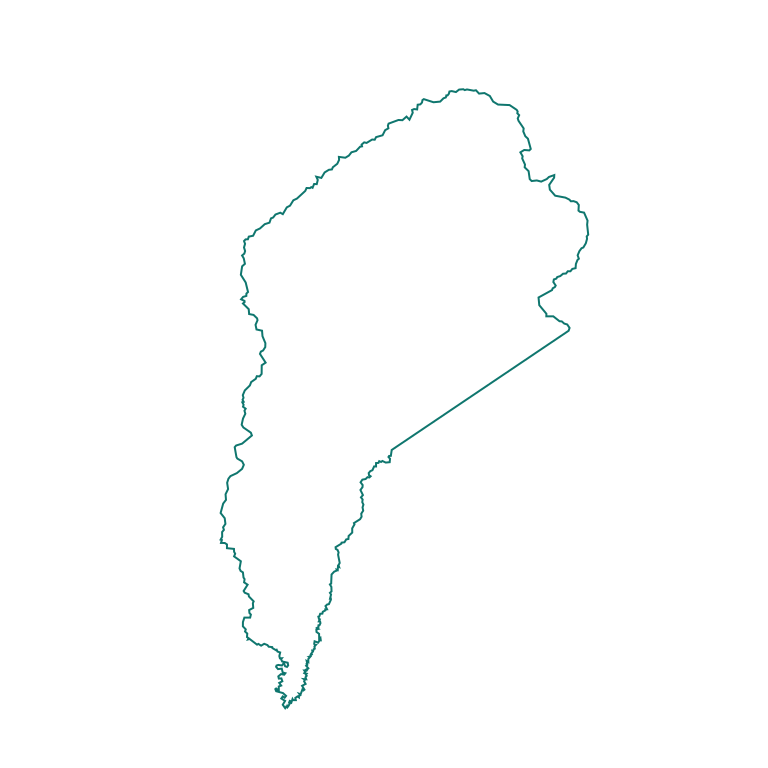 Purus, Ucayali, Peru, rotated 146°
{"feature_id": "86281439B73301228794049", "entity_name": "Purus", "entity_type": "district", "adm_level": 2, "iso_a3": "PER", "parent_name": "Peru", "parent_adm1": "Ucayali", "projection": "mercator", "projection_center": [-71.206, -10.219], "detail": "fine", "context": "isolated", "style": "outline", "palette": "teal", "viewbox_px": 768, "rotation_deg": 146, "n_neighbors": 0, "source": "geoboundaries", "source_scale": "gbopen_adm2", "svg_char_len": 6166}
<svg xmlns="http://www.w3.org/2000/svg" viewBox="0 0 768 768"><g transform="rotate(146 384 384)"><path d="M199.9,596.7L203.0,593.1L205.3,595.1L207.5,595.5L208.5,592.8L215.1,588.9L215.8,593.1L221.2,592.4L224.4,594.8L234.6,597.3L236.3,596.0L237.4,593.5L241.1,593.8L246.1,591.0L252.5,593.1L255.1,591.7L257.1,593.3L263.6,593.6L265.3,595.4L268.7,595.0L269.3,593.3L271.1,594.1L276.8,592.8L281.4,594.3L285.4,593.0L289.5,593.2L294.4,597.5L295.9,594.9L299.6,592.7L305.2,592.3L307.2,591.0L309.9,592.4L314.9,592.6L320.7,589.9L324.2,593.7L324.8,590.2L328.0,587.3L330.1,588.9L333.5,586.6L334.2,587.9L335.9,587.8L338.6,589.8L341.3,588.1L352.5,586.4L356.4,587.0L362.2,584.4L365.8,584.8L372.9,581.4L374.2,584.0L379.2,585.2L382.8,584.0L385.1,584.5L388.7,581.8L393.5,583.2L399.8,582.3L404.4,583.0L409.6,580.1L413.7,581.8L415.9,580.1L417.9,581.3L420.1,580.8L420.8,577.9L423.7,575.5L424.8,571.9L426.9,570.2L429.8,569.9L430.0,566.6L432.1,561.4L435.8,560.9L441.6,554.6L441.9,545.5L445.3,536.3L447.5,535.9L448.9,534.0L452.1,535.0L455.1,534.1L453.2,530.9L453.7,529.9L455.9,529.6L454.3,521.7L456.7,517.4L453.5,514.2L452.5,509.4L453.2,507.6L457.4,504.9L459.2,500.5L455.3,496.4L458.0,491.6L459.5,484.2L461.8,481.0L465.5,479.4L468.0,479.7L470.0,478.3L470.2,467.9L474.9,467.9L479.8,460.8L482.9,459.9L485.1,461.6L487.4,460.0L493.0,459.9L496.0,457.8L503.0,456.5L507.3,453.7L508.2,451.1L510.1,450.0L510.3,447.7L511.7,448.1L512.0,445.3L513.6,444.0L512.5,440.9L514.6,439.9L515.6,436.9L520.2,434.2L524.8,429.8L524.9,426.6L521.6,418.1L522.3,415.2L535.0,413.9L541.0,415.7L543.1,415.1L547.2,405.9L547.3,404.2L544.9,399.2L545.4,395.4L549.1,393.0L555.8,392.4L562.8,393.5L565.9,392.5L569.3,389.8L572.0,384.1L577.0,381.2L579.8,376.3L584.2,374.8L591.6,368.4L591.1,361.8L593.7,356.7L597.5,355.2L598.3,352.6L601.0,351.8L603.6,347.8L606.5,346.3L605.7,345.3L608.0,343.4L604.9,341.2L603.9,338.8L606.0,335.7L600.6,331.2L602.1,328.7L602.3,326.5L604.7,324.9L601.8,317.1L606.9,311.9L607.4,309.2L606.3,306.7L608.7,302.1L608.7,300.2L610.9,297.8L609.3,293.9L616.1,290.9L616.2,288.9L613.9,285.4L614.8,283.4L613.6,276.7L615.3,275.6L617.6,271.5L622.2,272.0L623.6,269.4L623.3,267.3L625.6,265.2L630.4,268.4L634.1,265.5L636.5,262.0L635.8,257.9L637.6,256.5L636.9,253.6L639.1,250.8L638.4,249.0L639.6,248.3L638.0,247.8L635.0,238.9L633.5,238.8L632.2,235.8L628.6,235.6L626.6,232.7L626.5,230.7L623.8,228.4L624.2,227.5L622.3,223.5L621.6,223.6L621.9,221.7L620.2,219.5L622.9,217.0L623.7,214.8L622.1,213.8L623.2,213.5L623.6,210.9L619.7,206.8L620.8,204.3L622.6,203.7L623.8,205.3L623.0,208.7L626.0,207.7L628.7,210.2L630.5,210.7L631.6,209.9L631.3,206.9L627.9,205.2L629.3,201.5L627.5,199.4L629.3,198.8L631.6,201.1L635.1,200.7L635.9,198.6L633.7,197.3L634.5,194.4L638.0,194.8L637.9,191.5L640.4,192.1L642.6,188.7L643.7,191.9L644.7,191.8L645.2,189.6L640.6,184.3L639.6,180.2L641.8,179.5L642.6,181.6L645.0,180.7L643.2,176.6L647.3,174.7L647.2,170.5L645.5,171.2L645.2,170.2L644.4,170.9L644.5,170.1L643.5,170.4L640.5,171.9L640.9,172.9L639.3,174.0L638.6,173.1L639.6,172.1L639.2,171.5L636.0,174.0L636.1,172.7L633.9,171.2L633.1,173.3L630.5,173.4L629.8,171.8L629.1,173.0L627.5,172.8L627.5,174.6L626.6,173.4L622.6,176.3L622.2,175.0L620.9,175.1L620.7,179.6L616.7,179.2L616.5,182.2L615.1,182.9L615.5,184.2L613.6,182.7L613.1,184.8L611.3,185.3L611.4,186.7L610.1,187.1L611.7,188.9L610.3,189.5L610.3,191.0L608.5,189.6L607.5,190.0L608.1,190.8L605.7,190.7L606.1,193.9L604.8,193.9L604.4,194.6L605.4,195.5L604.0,195.1L603.0,197.6L602.2,195.8L600.6,198.3L598.1,199.0L598.6,199.8L596.8,199.4L596.4,200.4L595.1,200.2L595.1,201.2L593.2,201.7L592.6,203.0L592.0,202.3L590.5,203.5L589.4,203.3L588.5,205.2L586.4,205.8L587.3,206.3L587.2,207.6L585.4,209.5L583.1,206.4L580.9,207.5L579.8,206.8L578.6,209.2L580.1,209.2L577.5,213.2L578.6,216.2L577.5,218.1L578.1,218.6L575.3,217.6L575.9,219.3L574.1,219.2L573.3,220.6L572.1,220.2L570.4,221.3L569.8,222.8L570.8,223.6L568.8,224.8L569.3,225.6L568.5,227.8L567.6,227.5L565.4,229.2L563.5,228.1L562.1,229.4L559.2,229.1L558.7,230.0L557.2,229.1L556.7,232.6L554.4,233.0L552.8,232.3L548.6,234.9L548.1,235.8L548.8,236.2L545.6,239.1L545.6,241.1L543.5,241.4L541.1,245.2L540.9,248.1L539.4,248.1L534.0,255.4L530.2,256.3L527.4,255.7L527.1,256.6L526.4,255.6L524.1,258.6L523.5,257.5L523.0,259.3L520.8,260.4L517.5,268.2L515.8,269.8L515.3,272.5L516.2,274.2L515.4,275.8L508.7,275.5L507.9,276.2L505.3,274.9L502.2,276.3L500.2,275.4L498.3,277.8L493.4,278.6L491.1,282.1L487.0,284.1L486.7,285.5L479.4,285.3L476.8,286.5L475.4,289.2L472.1,290.6L470.8,293.7L468.5,295.5L468.1,298.2L466.3,300.2L466.5,302.9L463.6,303.7L462.8,309.3L459.5,310.5L458.2,312.2L458.4,315.6L455.4,316.8L452.4,315.5L449.8,316.0L448.4,314.7L446.7,315.0L447.4,316.8L446.5,318.7L444.1,319.4L441.8,319.0L438.3,321.2L436.7,320.1L434.8,322.9L432.7,321.7L431.1,322.7L430.0,321.0L428.4,321.1L426.5,317.9L423.0,316.0L420.8,318.7L421.1,321.0L420.0,321.5L418.5,320.6L414.5,325.0L201.2,324.9L198.8,326.7L198.8,330.9L200.8,333.3L201.6,336.5L203.4,337.9L205.8,345.4L211.6,349.3L210.1,351.4L211.2,362.5L207.5,369.3L192.2,367.9L190.6,369.0L188.2,368.8L186.6,369.6L186.6,373.8L184.7,375.7L182.2,375.0L180.6,375.8L177.5,374.9L173.9,375.3L171.3,373.8L168.6,374.7L166.4,373.2L163.5,374.1L160.4,372.9L157.8,376.2L154.3,378.6L152.4,378.9L151.5,382.4L147.7,384.9L144.3,386.1L142.4,385.7L138.0,387.8L134.5,390.8L133.4,393.0L131.2,393.6L126.5,402.5L123.9,405.6L122.3,414.2L125.3,417.2L125.8,419.0L122.4,423.5L122.6,426.9L124.6,429.6L126.9,431.0L127.2,433.2L129.4,437.1L136.8,444.4L137.8,452.4L135.7,456.7L127.6,459.9L126.0,462.0L131.5,463.4L134.5,462.9L140.5,463.9L143.5,467.3L148.1,469.7L148.6,472.4L145.1,479.6L146.2,485.0L144.4,487.1L143.3,493.7L141.7,495.3L141.4,499.8L136.9,499.6L132.9,496.4L130.9,496.8L127.5,506.9L128.3,510.4L127.3,515.5L125.3,517.8L125.3,527.0L124.6,529.4L121.6,531.3L122.1,533.9L120.8,535.2L120.7,537.1L123.9,545.0L133.2,551.9L135.6,557.1L135.2,563.6L138.0,569.0L142.8,571.6L143.5,576.1L145.6,577.0L150.5,581.8L152.7,582.5L153.4,584.0L157.1,586.1L161.1,585.8L164.1,589.0L166.2,589.9L168.0,588.3L170.0,587.7L170.9,588.4L172.5,587.0L174.9,587.6L179.5,586.7L185.4,589.9L191.7,597.9L193.3,597.9L195.1,596.1L197.5,595.5L199.9,596.7Z" fill="none" stroke="#0f766e" stroke-width="2"/></g></svg>